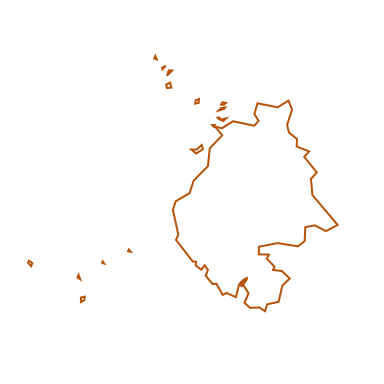 Belitung Timur, Bangka-Belitung, Indonesia (Albers equal-area conic projection), rotated 190°
{"feature_id": "22746128B98690900191937", "entity_name": "Belitung Timur", "entity_type": "district", "adm_level": 2, "iso_a3": "IDN", "parent_name": "Indonesia", "parent_adm1": "Bangka-Belitung", "projection": "albers", "projection_center": [108.219, -2.955], "detail": "medium", "context": "isolated", "style": "outline", "palette": "amber", "viewbox_px": 384, "rotation_deg": 190, "n_neighbors": 0, "source": "geoboundaries", "source_scale": "gbopen_adm2", "svg_char_len": 1937}
<svg xmlns="http://www.w3.org/2000/svg" viewBox="0 0 384 384"><g transform="rotate(190 192 192)"><path d="M72.5,232.9L87.6,246.2L83.7,252.3L96.8,255.0L97.8,262.4L106.9,267.4L110.0,274.6L107.7,290.5L112.9,298.8L122.3,290.3L142.9,290.7L144.1,279.7L138.8,273.6L142.2,268.1L163.8,268.8L173.8,259.9L180.8,260.5L172.1,253.1L182.1,238.0L180.8,220.2L192.3,203.6L194.2,190.5L206.5,180.0L207.7,171.0L198.1,147.8L199.4,142.1L179.3,123.8L175.9,124.0L175.7,120.4L169.4,117.1L166.9,122.0L162.8,118.0L164.0,112.0L155.9,105.0L152.1,106.0L143.9,96.0L140.5,98.6L130.5,96.1L129.6,108.7L128.2,112.1L128.6,109.6L127.4,108.4L126.8,113.6L123.6,116.6L122.8,116.1L123.8,113.1L126.9,107.7L125.3,109.3L118.7,102.0L121.1,92.0L114.7,88.0L105.6,90.0L99.3,87.3L98.4,94.5L87.6,98.9L86.8,115.5L80.7,123.7L89.8,129.8L98.6,129.3L97.8,132.8L106.8,139.4L105.4,143.7L115.4,142.2L116.6,149.7L99.0,156.5L78.2,156.9L72.5,163.2L74.3,177.0L65.3,180.5L53.3,176.7L42.9,184.9L72.9,209.9L77.1,225.6L72.5,232.9ZM194.5,230.6L188.6,236.3L190.6,240.0L194.8,234.6L200.0,233.7L194.5,230.6ZM234.6,290.0L230.4,291.3L232.7,295.9L236.1,293.2L234.6,290.0ZM282.2,64.4L279.2,66.8L279.5,70.3L283.1,68.8L282.2,64.4ZM204.2,279.6L200.9,280.9L201.3,284.8L204.3,282.9L204.2,279.6ZM236.0,307.8L236.8,302.2L232.7,308.2L236.0,307.8ZM337.6,91.0L336.9,94.4L340.6,96.0L341.1,93.8L337.6,91.0ZM180.0,276.8L174.9,279.4L174.1,281.0L178.2,279.5L180.0,276.8ZM176.7,268.1L173.6,267.3L171.2,270.5L176.7,268.1ZM178.6,283.1L175.9,283.3L174.1,285.6L177.6,285.6L178.6,283.1ZM289.9,87.8L286.9,86.6L289.3,90.7L289.9,87.8ZM252.4,317.0L249.7,316.4L251.7,319.6L252.4,317.0ZM126.5,113.3L123.9,113.2L123.6,116.2L126.5,113.3ZM239.7,311.8L243.0,309.1L242.4,307.7L239.7,311.8ZM244.7,122.6L242.0,122.5L244.2,124.4L244.7,122.6ZM180.7,269.8L177.4,269.0L177.5,270.0L180.7,269.8ZM268.1,106.6L266.1,106.3L267.8,108.1L268.1,106.6ZM183.7,261.4L182.0,260.1L181.4,261.9L183.7,261.4Z" fill="none" stroke="#b45309" stroke-width="2"/></g></svg>